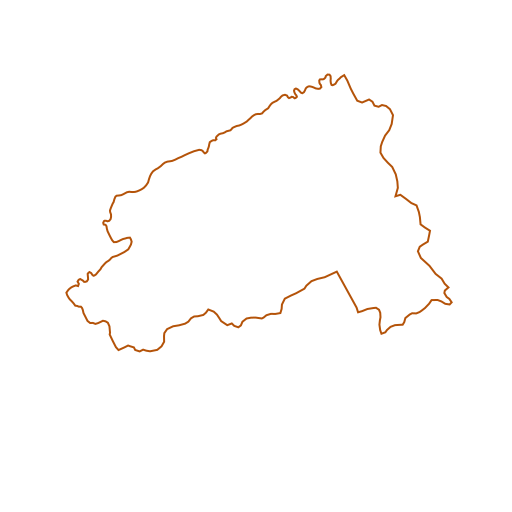 outline of Stolin, Brest, Belarus, rotated 333°
{"feature_id": "67162791B20391469538668", "entity_name": "Stolin", "entity_type": "district", "adm_level": 2, "iso_a3": "BLR", "parent_name": "Belarus", "parent_adm1": "Brest", "projection": "mercator", "projection_center": [26.983, 51.876], "detail": "fine", "context": "isolated", "style": "outline", "palette": "amber", "viewbox_px": 512, "rotation_deg": 333, "n_neighbors": 0, "source": "geoboundaries", "source_scale": "gbopen_adm2", "svg_char_len": 4867}
<svg xmlns="http://www.w3.org/2000/svg" viewBox="0 0 512 512"><g transform="rotate(333 256 256)"><path d="M416.4,275.0L415.6,273.3L412.4,267.0L407.4,266.1L413.3,259.7L415.8,253.7L417.6,246.7L417.8,238.5L415.8,232.7L414.1,226.5L413.8,220.4L417.0,214.9L420.2,211.7L425.7,207.3L431.8,204.4L436.8,200.0L442.0,192.7L442.0,186.0L440.0,181.4L436.8,178.7L433.0,178.7L429.8,175.8L429.8,171.4L427.8,167.9L424.8,167.7L420.2,167.4L416.7,163.6L416.4,155.4L416.4,149.9L417.0,141.1L416.7,134.9L414.2,135.1L412.8,135.2L411.2,135.8L409.0,136.3L407.7,136.9L405.0,138.6L403.5,138.7L401.8,138.6L401.0,137.9L401.2,135.9L402.0,133.7L403.1,131.9L404.1,129.6L403.8,127.8L402.1,126.8L399.8,127.4L398.9,128.5L397.1,129.1L395.8,129.0L394.2,128.1L393.0,127.7L392.0,128.4L391.1,130.6L391.1,131.9L391.4,133.1L390.9,135.2L388.9,135.9L387.3,135.3L385.3,133.8L383.8,131.9L382.6,130.6L380.9,129.2L379.6,128.7L377.7,128.8L376.4,129.3L374.9,130.6L373.1,131.8L371.2,132.0L370.3,131.1L369.5,128.3L368.8,126.4L367.6,124.9L366.1,124.9L364.9,126.0L364.5,127.8L364.5,129.9L364.9,131.2L364.7,132.7L363.0,133.2L362.0,133.0L361.2,131.2L360.0,130.3L359.0,130.5L357.1,130.3L356.5,129.0L356.5,127.2L355.0,125.5L352.5,125.0L350.4,125.5L348.9,126.2L347.2,126.6L344.7,127.1L343.1,127.0L340.2,127.0L338.1,127.6L335.9,128.7L333.9,129.9L330.5,130.2L328.0,130.9L326.2,131.7L324.0,131.3L322.2,130.3L320.1,129.6L318.2,129.6L315.9,129.9L313.5,130.7L311.1,131.3L308.8,132.0L304.9,132.3L302.6,132.3L300.3,132.1L297.8,131.4L295.0,131.2L293.2,131.2L292.2,131.7L290.3,132.4L288.5,132.0L286.3,131.5L284.4,131.7L282.4,131.6L279.8,130.9L278.1,130.8L275.0,131.7L273.8,132.7L273.8,134.0L272.2,134.4L270.4,133.4L268.7,133.3L266.5,133.6L265.0,135.3L263.8,136.9L262.4,138.3L261.3,139.2L260.2,140.7L258.3,141.4L257.1,141.4L256.5,140.0L256.2,138.3L255.5,137.0L253.6,135.6L248.3,134.5L242.8,134.0L238.2,133.8L234.8,133.8L231.2,133.5L227.7,133.5L224.5,133.2L222.5,132.6L219.9,131.7L217.2,131.4L214.9,131.8L211.9,132.7L208.3,133.3L206.0,133.3L202.7,133.8L200.1,135.1L197.9,136.7L195.6,138.9L193.2,141.5L190.1,143.2L187.0,144.3L184.5,144.6L183.6,144.6L182.1,144.6L179.4,144.4L177.4,144.0L175.3,143.1L173.9,142.3L172.2,141.2L169.9,140.6L165.9,140.7L163.6,140.6L161.7,140.0L159.2,139.0L157.7,139.3L155.7,141.0L153.5,143.4L152.3,144.1L150.6,145.5L148.6,147.2L146.6,149.1L146.0,150.6L145.7,153.1L144.6,155.4L143.2,157.1L141.2,158.0L139.5,157.7L138.7,156.8L137.3,155.9L136.4,155.9L134.9,157.1L134.6,158.8L136.1,159.9L136.3,161.6L135.5,164.0L135.0,166.6L134.9,171.1L134.9,174.2L135.0,176.7L135.6,179.1L138.0,180.2L140.3,180.4L142.9,180.4L145.2,180.5L147.8,181.1L149.2,181.3L150.6,181.8L152.0,182.4L152.1,184.4L151.7,186.8L149.8,189.0L147.8,190.4L145.2,192.1L140.4,192.7L137.2,192.7L132.7,192.7L130.9,192.4L127.8,191.8L126.1,192.1L124.2,192.9L122.4,193.3L119.9,193.5L117.9,194.1L115.1,195.2L113.3,195.9L111.4,197.2L108.4,198.3L105.0,199.8L103.1,200.0L102.2,199.8L101.6,198.4L101.4,196.4L100.3,194.7L98.9,195.0L97.9,195.5L97.1,197.5L96.3,199.5L95.7,200.7L93.7,201.8L92.0,201.5L91.1,201.0L90.6,199.3L88.9,196.7L87.2,196.7L85.4,197.8L85.5,200.4L83.8,202.0L82.1,200.4L79.4,200.1L77.2,200.1L74.6,200.6L73.0,201.2L70.4,202.6L70.0,205.0L70.1,208.0L70.4,210.0L71.3,212.8L72.0,215.5L72.4,218.2L74.1,219.4L75.0,220.6L77.0,221.7L77.4,223.4L77.2,225.4L76.4,228.5L76.4,231.1L76.4,234.5L76.4,237.4L77.8,240.4L80.3,241.6L82.1,243.6L84.9,244.1L88.3,244.2L90.2,244.2L92.3,245.9L93.7,248.2L93.5,252.1L91.1,258.1L90.0,259.5L89.8,266.4L89.8,270.0L89.8,273.6L90.8,277.4L97.3,277.7L101.4,277.7L102.6,279.0L105.7,282.0L105.7,284.9L109.0,288.2L112.9,288.2L115.2,290.5L118.3,292.8L125.4,294.8L130.8,293.6L135.2,290.7L137.7,285.6L139.3,283.1L143.6,280.8L150.3,281.0L155.9,282.8L162.1,284.1L165.9,283.8L169.8,282.0L173.4,281.8L176.9,283.3L182.3,284.6L185.6,283.8L189.2,282.0L193.1,286.4L194.6,290.5L195.1,294.8L195.4,298.2L199.0,304.6L203.8,305.1L204.9,308.4L207.9,311.5L211.0,311.0L214.1,308.4L219.2,307.4L223.6,308.7L227.7,310.7L232.8,314.3L234.8,314.3L238.4,313.5L243.0,314.3L246.9,316.4L251.8,317.9L254.8,314.8L257.1,311.0L262.3,307.1L269.2,307.1L274.8,307.4L284.3,307.1L287.4,305.3L294.0,303.6L300.2,304.3L307.6,306.1L320.9,306.6L322.2,347.6L321.4,352.5L325.5,353.3L331.2,353.8L336.8,355.6L339.4,356.6L341.2,359.7L340.9,363.0L339.1,367.1L337.1,369.7L334.8,373.2L333.0,378.4L332.5,382.2L336.6,382.7L339.1,381.4L343.7,380.2L348.4,380.7L351.9,382.2L355.5,383.8L358.1,382.2L360.9,379.1L366.5,377.9L369.1,377.9L372.7,379.9L376.3,380.2L378.6,379.9L382.9,379.1L388.6,377.1L392.4,375.0L397.8,377.6L400.6,380.7L402.9,384.5L406.5,387.1L409.3,386.1L408.8,382.0L407.3,379.1L407.0,374.5L408.6,372.5L413.2,371.4L411.5,366.3L411.1,360.4L407.9,353.5L406.1,343.5L402.0,332.6L402.4,325.3L406.1,322.1L409.7,321.6L415.6,321.2L419.3,316.6L422.5,312.5L419.3,307.1L417.0,302.5L419.7,295.7L421.1,290.7L422.0,283.8L418.4,279.3L416.4,275.0Z" fill="none" stroke="#b45309" stroke-width="2"/></g></svg>